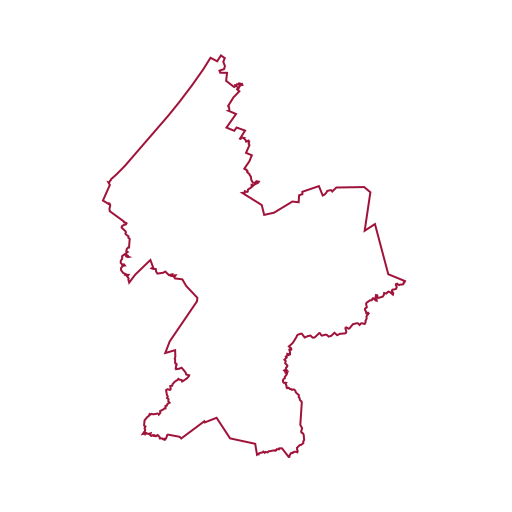 outline of Rosario, Sinaloa, Mexico, rotated 80°
{"feature_id": "50627088B45198070242199", "entity_name": "Rosario", "entity_type": "district", "adm_level": 2, "iso_a3": "MEX", "parent_name": "Mexico", "parent_adm1": "Sinaloa", "projection": "orthographic", "projection_center": [-105.736, 23.09], "detail": "fine", "context": "isolated", "style": "outline", "palette": "rose", "viewbox_px": 512, "rotation_deg": 80, "n_neighbors": 0, "source": "geoboundaries", "source_scale": "gbopen_adm2", "svg_char_len": 6104}
<svg xmlns="http://www.w3.org/2000/svg" viewBox="0 0 512 512"><g transform="rotate(80 256 256)"><path d="M306.6,113.6L296.9,128.9L245.2,133.3L250.0,144.6L213.1,132.3L206.9,137.5L202.5,165.0L205.7,169.7L204.5,170.2L204.1,171.6L204.3,174.6L205.7,175.6L207.4,177.8L208.0,179.8L198.1,181.9L200.8,199.2L203.2,199.6L203.7,203.0L210.5,204.7L208.7,210.7L216.5,230.8L216.9,240.8L206.8,241.5L191.5,258.5L191.5,257.3L192.0,256.3L190.3,255.7L191.4,253.8L191.1,252.9L189.2,252.4L187.5,248.4L185.1,248.0L185.3,247.3L186.4,246.8L185.2,244.7L184.3,241.3L183.3,240.3L182.4,242.6L183.8,244.3L183.2,246.4L180.3,247.4L176.8,247.3L175.5,248.1L174.5,248.1L172.0,250.0L171.7,249.7L170.7,249.7L170.5,250.2L169.3,250.4L168.6,252.0L168.0,252.4L161.6,246.1L156.1,242.6L152.7,247.9L145.7,243.2L144.3,243.8L143.3,243.1L142.3,243.6L141.7,242.9L141.0,243.4L141.7,245.8L140.1,246.1L138.2,247.4L137.7,247.0L137.0,249.2L138.0,250.9L137.7,251.4L130.6,245.0L126.1,252.8L128.9,255.7L124.4,262.8L112.7,251.0L108.2,257.9L108.1,257.0L105.6,256.7L104.9,257.1L103.7,256.8L103.3,257.3L95.9,250.7L90.9,243.8L88.5,245.7L87.8,245.1L88.3,244.6L88.1,244.1L87.4,243.9L86.7,244.3L87.0,243.4L85.9,242.5L85.2,242.7L85.2,239.7L84.1,239.9L84.3,240.8L83.4,241.6L83.0,242.7L83.8,244.0L83.6,245.0L84.4,245.5L84.2,246.8L85.3,246.5L85.1,247.1L85.8,248.2L78.3,255.0L70.6,252.7L69.3,259.4L67.1,259.8L66.4,255.0L63.6,253.6L59.1,254.5L55.7,252.4L52.4,255.7L57.5,260.4L52.9,266.4L63.0,275.5L77.0,289.6L91.9,305.7L102.9,318.4L144.5,369.5L151.2,378.9L155.3,385.5L156.1,385.8L156.9,387.1L158.1,387.7L157.7,388.6L160.7,387.6L174.8,397.1L179.2,392.1L178.6,391.6L179.0,391.1L180.6,390.7L184.3,392.2L186.5,392.2L198.9,380.3L199.8,380.2L200.5,378.6L201.3,377.8L202.3,378.6L202.4,380.5L203.5,383.0L204.8,383.4L209.1,380.1L210.1,380.0L211.0,380.7L212.1,380.4L214.5,378.2L216.0,378.5L217.2,377.4L225.6,379.6L225.4,380.4L226.7,382.1L228.8,382.9L229.8,381.7L231.2,384.5L231.7,384.4L231.5,383.8L232.7,383.2L233.3,382.3L233.9,382.6L234.8,381.3L234.8,382.4L233.8,384.0L231.9,384.3L231.5,385.1L232.9,387.9L235.4,388.2L237.2,390.0L239.3,390.4L240.7,389.5L241.9,389.3L241.3,387.6L242.6,386.8L242.6,388.7L244.2,390.8L245.2,391.3L246.9,391.2L249.7,389.7L251.1,387.6L251.8,388.1L252.4,384.9L253.0,385.5L253.3,386.7L255.9,385.3L257.2,385.8L260.2,385.5L253.4,378.2L241.6,360.7L249.2,359.3L250.0,361.0L251.1,359.1L251.0,358.2L251.5,356.9L253.9,357.1L256.2,356.1L256.4,350.4L255.6,348.0L259.7,345.1L259.5,342.2L260.7,343.3L261.3,342.1L261.3,341.5L260.7,340.6L261.0,338.5L262.6,340.2L264.0,339.7L266.2,332.6L273.3,330.0L287.0,321.0L290.4,322.0L325.1,355.8L335.8,362.2L334.7,352.0L341.1,352.9L343.1,353.9L343.8,353.6L347.3,354.2L348.1,353.9L348.3,353.1L349.6,353.1L350.3,353.8L352.8,354.6L352.9,354.1L353.6,354.2L353.7,351.3L353.1,348.7L358.1,345.7L360.6,345.3L361.9,342.5L362.7,343.0L364.5,345.2L366.8,350.5L365.1,350.9L364.5,352.9L363.5,353.8L364.3,354.5L365.7,357.9L367.8,360.5L369.2,361.0L369.2,363.0L372.1,363.1L372.8,363.5L372.9,364.1L371.8,366.2L372.4,367.8L377.1,367.9L379.1,367.3L380.4,368.3L381.8,367.0L383.8,367.6L385.5,366.6L386.2,368.8L388.0,370.0L387.9,371.1L390.4,371.6L390.2,372.7L390.8,373.4L392.1,377.4L393.9,377.5L395.3,379.2L394.6,379.4L394.1,380.2L394.1,384.6L393.3,386.3L393.9,387.5L393.2,388.2L395.1,389.5L395.6,390.9L398.5,394.3L403.2,395.6L404.2,395.3L404.7,394.5L406.4,395.7L407.7,395.3L408.8,395.6L411.6,398.4L411.6,397.2L410.9,396.7L412.4,396.1L411.9,395.2L411.2,395.0L412.6,392.9L412.3,390.5L413.9,391.3L415.0,390.5L414.5,388.7L415.3,388.3L415.5,387.7L415.0,388.0L414.8,387.3L416.0,385.8L415.9,384.8L415.2,384.3L415.2,383.9L417.7,382.3L419.0,382.4L419.3,380.2L420.3,379.3L420.1,378.3L420.9,378.3L421.2,377.6L419.8,376.1L416.9,374.5L416.6,373.8L420.8,362.6L422.7,361.3L409.8,335.6L411.0,335.3L408.5,322.9L431.1,313.2L440.8,289.4L451.9,289.5L451.5,288.6L451.8,287.9L451.0,287.6L450.6,286.1L450.6,283.9L449.9,282.7L451.3,281.7L450.6,280.6L451.4,278.7L450.4,277.0L450.7,275.7L450.5,272.9L451.1,270.9L450.6,270.7L450.8,269.8L449.9,269.1L450.3,267.0L449.6,266.9L449.5,266.4L449.9,263.8L459.6,258.7L459.6,258.0L458.0,257.4L456.2,255.8L456.4,254.5L455.9,254.2L456.1,253.4L455.4,252.5L455.8,250.5L456.5,249.4L455.3,248.8L453.8,249.1L452.0,248.9L449.8,245.7L449.8,244.2L448.5,241.9L446.7,241.6L445.5,240.5L440.0,240.1L438.5,240.8L438.0,241.7L437.0,242.1L433.6,240.5L430.0,241.7L408.1,236.3L407.1,236.5L405.3,237.8L403.2,237.8L402.5,238.4L400.6,237.9L397.2,240.5L396.1,240.5L394.3,241.4L393.8,242.9L394.1,243.8L393.1,244.7L393.0,245.6L391.4,246.8L391.6,248.3L390.4,248.8L389.3,248.4L387.3,249.0L386.7,249.0L386.2,248.4L385.8,249.2L385.8,250.5L385.1,251.1L383.5,251.2L382.1,250.4L381.3,248.8L380.0,248.6L378.1,246.4L376.4,245.5L375.6,246.2L376.0,247.2L374.3,247.5L373.6,248.1L373.2,246.8L373.9,245.5L372.5,246.2L371.3,245.9L370.5,244.7L369.4,244.1L366.6,245.9L364.6,245.0L363.1,246.0L361.4,243.5L360.3,244.1L359.3,242.5L357.8,242.2L358.2,241.3L359.3,241.4L358.8,239.6L356.6,239.2L354.0,239.5L353.7,238.9L354.3,237.6L353.2,237.3L350.8,239.3L348.0,234.9L342.8,230.2L341.4,229.4L340.8,228.4L340.3,225.7L340.5,224.4L344.7,222.2L343.9,218.9L343.8,216.2L346.2,214.4L346.5,213.2L346.0,211.7L342.9,207.1L343.4,206.2L344.8,205.8L345.9,204.9L345.5,201.2L346.2,199.7L348.0,198.5L347.7,195.8L345.2,192.1L348.1,189.8L347.2,186.9L347.7,181.5L347.0,180.5L345.8,180.2L342.9,180.5L342.1,180.2L342.1,179.2L343.7,177.4L343.6,176.6L340.0,172.4L339.7,168.2L340.2,167.1L341.9,166.0L340.6,164.2L340.8,162.7L341.8,161.1L341.7,160.6L339.9,159.4L339.0,159.5L336.8,157.9L334.6,157.7L332.1,155.0L331.3,155.6L332.1,156.8L331.5,157.4L330.0,157.3L327.9,158.0L326.7,157.7L325.8,155.8L322.2,155.9L321.1,155.0L319.4,151.3L319.7,149.7L317.9,148.4L317.9,147.9L320.4,146.0L321.0,144.9L320.2,144.8L318.9,146.0L315.3,144.6L315.8,143.4L318.3,143.6L318.6,143.0L318.0,138.2L316.6,136.9L314.7,136.2L315.6,134.2L314.0,131.9L315.0,130.2L317.8,127.9L316.4,127.3L314.3,128.2L313.4,128.1L312.8,127.1L313.0,125.9L312.6,123.7L311.1,122.8L308.7,123.3L307.9,122.9L307.8,121.7L308.9,121.0L309.5,120.0L309.2,119.2L309.5,116.2L309.3,115.8L307.7,115.1L307.8,114.5L306.6,113.6Z" fill="none" stroke="#9f1239" stroke-width="2"/></g></svg>